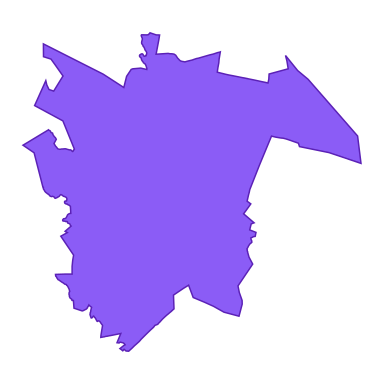 the district of Teopisca, Chiapas, Mexico
{"feature_id": "50627088B78954166074167", "entity_name": "Teopisca", "entity_type": "district", "adm_level": 2, "iso_a3": "MEX", "parent_name": "Mexico", "parent_adm1": "Chiapas", "projection": "robinson", "projection_center": [-92.534, 16.553], "detail": "fine", "context": "isolated", "style": "filled", "palette": "violet", "viewbox_px": 384, "rotation_deg": 0, "n_neighbors": 0, "source": "geoboundaries", "source_scale": "gbopen_adm2", "svg_char_len": 5658}
<svg xmlns="http://www.w3.org/2000/svg" viewBox="0 0 384 384"><path d="M220.3,51.9L219.8,52.1L219.0,52.3L217.6,52.6L213.1,54.1L210.1,54.8L207.6,55.5L198.3,58.2L196.6,58.5L193.6,59.5L192.3,60.0L187.7,61.1L186.2,61.5L184.9,61.9L183.5,61.6L182.1,61.4L180.5,60.9L179.6,60.2L178.6,59.1L177.6,58.1L176.7,56.7L175.7,55.2L174.0,54.1L172.0,53.8L169.6,53.7L168.2,53.4L156.1,54.2L158.9,39.4L159.6,35.0L156.2,34.9L150.0,32.8L149.7,33.5L148.9,34.0L148.5,34.4L148.4,34.6L148.1,34.7L147.9,34.8L147.7,34.8L146.8,34.9L141.6,34.8L141.3,35.1L141.2,35.5L141.3,36.0L142.1,37.9L142.3,38.3L142.3,39.3L142.2,40.0L142.0,40.4L142.0,40.8L141.8,41.2L141.6,42.5L141.7,43.6L142.9,45.3L143.2,46.4L143.7,46.8L144.3,47.8L145.1,50.0L145.4,50.5L146.2,51.4L146.7,52.7L146.7,53.2L146.5,54.6L146.3,55.1L146.1,55.6L145.7,55.4L145.2,56.1L144.7,56.3L144.4,56.3L144.0,56.1L143.0,54.5L142.7,54.0L142.5,53.9L142.0,53.9L141.4,53.9L141.2,54.0L140.7,54.3L140.2,54.7L139.7,55.0L139.6,55.3L139.5,55.7L139.5,56.0L139.6,56.4L139.8,56.8L141.2,58.1L141.3,58.5L141.4,59.1L141.6,60.0L141.8,60.2L142.0,60.4L142.3,61.1L142.7,61.5L143.1,62.0L143.4,62.7L143.9,63.0L144.3,63.5L145.0,63.8L145.7,65.0L146.1,65.9L146.3,66.8L146.6,67.5L146.9,68.7L146.8,69.5L140.8,68.1L132.8,68.8L131.2,69.4L126.6,76.3L123.8,87.5L103.1,74.1L43.4,43.9L43.5,56.7L51.0,59.1L54.9,64.5L63.0,76.0L53.7,91.1L49.0,89.5L46.8,84.9L45.8,80.7L34.6,105.6L62.9,120.9L74.4,149.2L73.8,149.8L73.8,150.0L73.4,150.6L72.9,151.4L72.4,151.5L71.7,150.7L71.4,150.3L70.9,150.1L70.4,149.8L70.0,149.9L69.5,149.9L68.8,149.7L66.9,149.2L66.6,149.1L66.1,149.0L65.9,148.8L64.8,148.8L64.0,148.8L63.9,148.9L62.2,149.0L61.8,149.0L61.4,149.0L60.7,149.2L59.8,149.3L59.2,149.2L58.2,149.0L57.6,148.6L56.5,147.1L55.6,146.2L54.0,143.5L56.3,139.3L55.3,137.5L54.5,136.9L53.4,135.3L52.7,134.1L52.7,133.3L52.5,133.1L52.2,132.9L51.3,132.7L51.0,132.4L50.6,131.6L50.3,131.0L49.6,130.5L49.0,130.4L48.7,130.2L48.5,129.8L23.0,145.2L34.1,152.8L42.9,187.1L43.1,187.1L43.4,187.3L43.3,188.0L43.4,188.9L43.8,189.4L44.9,191.4L45.8,192.4L47.0,193.3L47.6,193.9L48.3,194.1L48.8,194.6L49.4,195.2L49.6,195.7L50.8,196.4L51.3,196.6L51.6,196.6L51.9,196.5L52.6,196.3L53.1,196.5L53.9,196.9L54.4,197.3L54.8,198.1L55.4,198.3L57.3,197.5L57.6,197.2L58.5,196.8L58.8,196.6L59.2,196.3L59.7,195.7L59.9,195.4L60.1,195.1L60.7,194.6L61.0,194.6L62.3,195.3L63.1,196.0L63.4,196.3L63.7,196.3L64.2,196.4L65.9,197.2L66.3,197.5L66.8,198.3L66.9,199.4L66.6,200.4L66.6,200.8L66.1,201.1L65.6,201.0L64.9,201.2L64.6,201.6L64.5,202.1L64.9,203.3L66.3,204.1L66.6,204.0L67.2,204.1L67.4,204.2L68.1,204.9L68.4,205.0L68.8,205.0L69.1,205.2L70.4,206.3L70.8,213.4L69.7,213.5L69.0,213.8L68.2,214.3L67.6,214.8L67.4,215.2L67.2,215.7L66.2,217.7L65.8,218.1L64.9,218.6L63.9,218.7L63.5,218.8L63.0,219.4L62.7,219.9L62.7,220.2L62.7,220.6L63.0,221.0L64.9,221.2L65.0,221.2L65.5,221.4L66.0,221.7L66.7,221.4L67.1,221.5L67.4,221.7L67.5,222.1L67.5,222.5L67.7,223.0L68.2,223.3L68.7,223.4L69.4,223.7L70.0,224.2L70.3,225.2L71.1,226.1L65.1,231.3L67.3,232.6L60.8,236.2L73.6,255.1L72.7,260.4L72.1,266.3L72.1,274.1L64.8,274.1L55.5,274.4L55.7,276.1L56.4,276.8L56.8,277.8L57.4,278.6L58.0,279.6L59.0,280.1L62.4,282.5L62.9,282.7L64.0,283.5L64.4,283.9L64.9,284.2L65.0,284.2L65.4,284.3L66.1,284.4L66.4,284.6L66.5,284.9L66.6,285.3L67.4,285.8L68.4,287.7L69.2,289.4L69.3,289.9L69.5,290.6L69.7,291.1L69.7,291.6L69.2,292.2L69.1,293.1L69.0,293.9L69.1,294.9L69.4,295.2L69.4,295.8L69.4,296.6L70.1,298.0L70.4,298.3L70.5,298.5L70.8,298.7L71.2,298.8L71.6,299.1L71.8,299.4L71.8,300.1L72.2,300.5L73.0,300.4L73.4,300.5L74.0,308.2L82.1,310.9L82.8,310.8L83.9,310.3L85.0,309.7L86.0,309.3L86.4,308.9L86.7,308.7L86.9,308.5L87.1,308.1L87.4,307.9L87.6,307.2L88.6,305.7L88.9,305.0L89.4,305.6L91.6,307.3L91.3,308.3L90.9,310.0L90.8,310.5L90.6,312.0L90.3,312.4L90.0,314.8L90.3,315.4L90.5,316.2L91.1,317.9L91.4,318.0L91.9,317.9L92.2,317.6L93.4,316.1L93.6,316.1L93.8,316.2L94.0,316.6L94.3,316.9L94.6,317.4L95.3,318.0L96.2,319.7L96.4,320.2L96.7,320.7L97.0,321.2L97.3,321.4L97.5,321.4L97.8,320.9L98.3,320.8L98.8,320.9L99.0,321.1L99.3,321.1L99.5,321.2L99.9,321.6L101.3,323.7L102.3,325.0L102.5,325.4L102.5,325.8L101.0,335.0L100.8,337.4L103.6,336.9L104.4,336.8L105.6,336.4L107.3,336.2L109.6,335.7L110.4,335.6L120.8,333.5L117.0,342.7L119.1,343.0L120.1,342.1L123.3,342.9L124.3,343.7L125.1,344.8L123.8,345.5L119.9,348.6L121.3,349.6L122.8,350.8L124.1,349.3L126.0,351.0L128.7,351.2L132.0,348.2L134.5,345.7L136.0,344.4L139.1,341.6L140.3,340.3L141.0,339.4L144.9,335.5L145.8,334.6L150.2,330.3L153.6,327.2L154.9,325.4L157.8,324.3L158.5,323.3L159.6,322.3L162.4,319.2L164.6,317.1L166.7,315.2L168.3,313.9L169.9,312.5L171.4,311.3L171.4,311.2L171.6,310.9L172.3,310.5L172.6,310.1L174.0,308.9L173.7,300.7L173.5,295.1L183.4,288.4L188.6,285.2L193.2,297.5L204.4,302.2L213.5,306.3L224.0,312.2L226.3,312.8L239.0,316.2L242.2,304.1L242.1,300.4L239.3,292.5L238.0,285.9L252.7,264.1L249.0,257.1L247.9,253.1L247.7,252.9L247.7,251.8L247.4,251.4L247.2,250.6L247.3,249.8L246.9,249.0L247.9,247.3L248.6,245.8L250.1,243.7L250.8,243.3L251.9,242.1L251.8,241.9L251.7,240.7L251.4,240.1L251.1,239.5L250.8,238.0L252.8,237.1L253.2,236.7L255.2,236.4L256.0,232.4L249.7,229.9L251.2,223.9L254.1,222.8L243.6,213.8L246.0,210.6L250.8,203.9L248.5,202.2L247.1,201.2L248.6,194.6L249.2,192.5L249.8,189.6L259.5,165.0L271.5,136.1L272.6,136.4L276.0,137.2L280.8,138.0L283.1,138.2L285.9,138.9L288.1,139.6L298.4,143.2L299.5,146.6L329.0,152.6L361.0,163.4L357.6,136.0L308.1,79.3L297.7,70.6L285.5,55.5L286.9,60.9L288.2,68.8L269.1,74.0L268.8,79.1L268.0,83.0L254.2,80.0L234.7,76.1L232.7,75.7L228.9,75.0L225.3,74.2L223.0,73.6L221.7,73.3L217.3,72.2L217.4,71.3L217.9,67.7L218.8,62.9L219.1,59.3L220.3,51.9Z" fill="#8b5cf6" stroke="#5b21b6" stroke-width="1.5"/></svg>